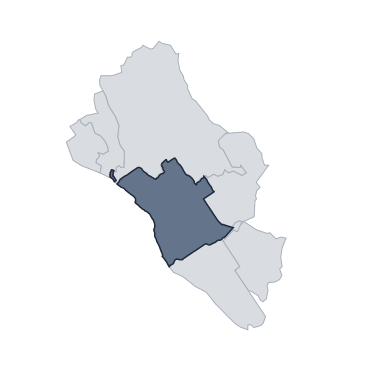 Angola highlighted among its neighbors, rotated 326°
{"feature_id": "AGO", "entity_name": "Angola", "entity_type": "country or territory", "adm_level": 0, "iso_a3": "AGO", "parent_name": "Africa", "parent_adm1": "", "projection": "equal_earth", "projection_center": [17.424, -11.224], "detail": "fine", "context": "with_neighbors", "style": "filled", "palette": "slate", "viewbox_px": 384, "rotation_deg": 326, "n_neighbors": 6, "source": "natural_earth", "source_scale": "50m", "svg_char_len": 7621}
<svg xmlns="http://www.w3.org/2000/svg" viewBox="0 0 384 384"><g transform="rotate(326 192 192)"><path d="M245.9,118.6L247.4,137.4L246.7,142.0L248.0,147.2L251.8,152.1L255.2,163.2L252.6,162.3L242.0,164.9L240.1,170.5L241.5,174.4L239.3,193.6L245.6,198.6L247.4,197.0L247.8,206.5L242.8,206.4L237.8,197.8L232.9,196.6L231.5,192.0L227.4,194.8L222.2,193.6L220.1,189.6L212.9,189.0L212.6,186.2L207.3,185.5L198.8,187.4L199.2,176.9L197.1,173.7L196.6,168.3L197.6,162.9L196.3,159.5L196.2,154.0L188.2,154.1L188.8,150.9L185.4,150.9L185.1,152.4L181.0,152.8L178.4,160.1L174.8,158.9L168.3,160.8L164.2,153.4L160.7,141.5L141.3,141.4L134.4,143.4L133.5,140.7L135.2,139.8L136.4,133.6L138.8,131.8L140.5,132.7L142.8,129.3L146.4,129.4L146.8,131.9L149.3,133.4L158.6,120.7L158.4,113.4L161.2,104.8L168.6,96.0L169.3,93.1L170.6,86.8L171.1,73.9L174.3,63.6L175.3,52.1L177.9,47.6L181.4,44.7L191.0,51.0L200.7,53.6L203.6,47.6L206.6,48.5L213.9,44.1L216.5,45.9L218.6,45.7L219.6,43.5L222.0,42.8L231.2,43.9L233.3,42.9L237.4,50.3L240.3,51.3L248.8,48.6L250.4,52.3L256.2,58.2L255.8,68.6L258.5,69.8L253.8,75.3L250.0,84.1L249.6,91.2L248.1,94.6L248.0,101.3L246.1,103.7L244.3,114.6L245.9,118.6Z" fill="#d9dde1" stroke="#a8b0b8" stroke-width="1"/><path d="M244.2,282.8L235.1,289.1L229.2,295.5L225.0,304.3L221.6,304.9L219.7,311.6L215.6,313.5L210.5,313.1L204.9,309.8L201.8,311.7L200.2,315.7L194.1,322.0L189.6,322.8L188.2,319.9L188.8,314.8L185.2,306.8L183.5,305.5L183.7,280.8L189.9,280.5L190.3,249.9L205.1,246.6L207.5,250.2L211.6,246.8L218.4,245.4L224.0,258.9L231.0,268.3L233.7,269.2L235.4,277.7L240.3,279.0L244.2,282.8Z" fill="#d9dde1" stroke="#a8b0b8" stroke-width="1"/><path d="M183.7,280.8L183.3,336.4L177.7,340.6L174.4,341.2L167.7,339.1L166.7,335.5L164.2,333.3L161.2,337.4L156.6,331.1L154.1,325.0L148.9,297.8L147.8,283.0L142.0,272.4L137.0,256.7L131.7,248.3L131.3,241.7L138.2,238.6L142.4,238.8L146.3,242.7L173.3,241.8L177.8,245.9L193.4,247.1L210.5,241.6L214.7,242.1L217.2,244.1L207.5,250.2L205.1,246.6L190.3,249.9L189.9,280.5L183.7,280.8Z" fill="#d9dde1" stroke="#a8b0b8" stroke-width="1"/><path d="M174.7,58.3L174.3,63.6L171.1,73.9L170.6,86.8L169.3,93.1L168.6,96.0L161.2,104.8L158.4,113.4L158.6,120.7L149.3,133.4L146.8,131.9L146.4,129.4L142.8,129.3L140.5,132.7L136.3,128.7L131.7,134.0L126.3,124.7L131.3,119.8L128.8,113.9L131.0,111.7L135.5,110.6L136.0,106.7L139.5,110.9L145.3,111.3L147.4,107.1L148.2,101.2L147.5,94.3L144.3,89.0L147.2,78.7L145.6,77.0L140.7,77.7L138.8,73.1L139.3,69.2L147.6,69.6L158.2,74.0L158.6,69.2L162.1,61.0L166.0,56.3L174.7,58.3Z" fill="#d9dde1" stroke="#a8b0b8" stroke-width="1"/><path d="M127.5,69.3L134.6,69.9L138.5,68.8L139.3,69.2L138.8,73.1L140.7,77.7L145.6,77.0L147.2,78.7L144.3,89.0L147.5,94.3L148.2,101.2L147.4,107.1L145.3,111.3L139.5,110.9L136.0,106.7L135.5,110.6L131.0,111.7L128.8,113.9L131.3,119.8L126.3,124.7L115.1,108.4L111.1,99.2L115.7,80.4L127.5,80.0L127.5,69.3Z" fill="#d9dde1" stroke="#a8b0b8" stroke-width="1"/><path d="M252.6,162.3L268.3,171.1L271.4,175.0L272.9,182.5L270.3,192.0L271.4,199.3L269.3,202.3L267.1,210.4L270.5,212.7L250.6,219.9L251.1,226.1L246.2,227.3L242.4,230.8L241.6,233.8L239.3,234.5L229.8,247.2L218.4,245.4L214.7,242.1L210.5,241.6L205.2,243.6L196.8,231.1L197.3,203.3L210.8,203.4L210.3,200.4L211.3,197.1L210.2,193.0L211.0,188.8L210.3,186.0L212.6,186.2L212.9,189.0L220.1,189.6L222.2,193.6L227.4,194.8L231.5,192.0L232.9,196.6L237.8,197.8L242.8,206.4L247.8,206.5L247.4,197.0L245.6,198.6L239.3,193.6L241.5,174.4L240.1,170.5L242.0,164.9L243.8,163.8L252.6,162.3Z" fill="#d9dde1" stroke="#a8b0b8" stroke-width="1"/><path d="M210.7,185.5L210.8,186.7L210.9,188.3L211.0,189.4L211.1,190.0L211.0,190.5L210.9,191.2L210.7,191.8L210.6,192.3L210.7,193.0L210.6,194.2L210.6,195.3L210.5,196.5L210.7,198.5L210.7,199.2L210.4,200.2L210.2,201.0L210.0,202.0L210.0,202.5L210.5,203.8L210.5,204.1L210.1,204.2L209.7,204.2L208.3,204.2L206.4,204.2L204.5,204.2L202.5,204.2L200.8,204.2L199.1,204.2L197.6,204.2L197.6,205.6L197.5,208.4L197.5,211.2L197.5,214.0L197.5,216.8L197.5,219.6L197.4,222.4L197.4,225.2L197.4,228.0L197.4,230.0L197.8,232.7L198.4,235.6L198.7,235.8L199.4,236.4L200.4,237.5L201.0,238.3L202.1,239.7L203.6,241.5L205.0,243.2L206.3,244.6L204.3,245.1L201.4,245.8L199.5,246.3L197.1,246.9L195.6,247.3L193.6,247.7L193.3,247.7L192.8,247.4L191.7,247.3L190.3,247.8L189.3,247.9L188.5,247.7L187.8,247.3L187.0,246.7L185.8,246.5L183.9,246.7L182.2,246.6L180.5,246.2L179.3,246.1L178.6,246.1L177.8,246.0L177.0,245.7L176.3,245.2L175.4,244.0L174.8,242.9L174.6,242.7L174.4,242.6L174.2,242.5L172.3,242.5L170.6,242.5L169.6,242.5L167.1,242.5L164.6,242.5L162.2,242.5L159.7,242.4L157.2,242.4L154.8,242.4L152.3,242.4L149.9,242.4L148.5,242.4L147.3,242.5L146.0,242.6L145.8,242.6L145.5,242.4L145.3,242.2L144.5,241.6L143.9,241.1L143.0,240.3L142.5,239.4L142.0,239.1L141.2,239.0L140.6,238.8L140.1,238.8L139.2,239.2L138.5,239.6L138.0,240.0L137.2,240.5L136.5,240.9L135.3,240.8L135.0,240.9L134.3,240.9L133.7,240.5L133.1,240.5L132.3,241.0L131.3,241.2L131.5,237.9L131.8,236.5L131.7,234.8L131.6,230.3L131.4,229.6L131.2,228.9L131.9,228.4L132.2,227.9L132.6,227.2L132.9,226.2L133.3,223.8L134.6,218.5L135.2,213.3L136.0,210.8L136.3,208.0L138.5,204.5L139.0,202.2L140.2,201.2L141.8,200.0L143.0,198.0L143.6,196.5L144.2,193.8L144.2,191.0L144.6,187.1L144.5,186.1L143.9,184.5L143.7,183.4L143.2,182.4L142.5,181.6L142.3,180.1L141.2,177.9L140.9,176.3L140.4,175.3L140.3,173.9L140.0,172.5L139.5,171.1L139.0,169.5L139.0,169.0L139.3,168.4L139.6,168.2L139.5,168.5L139.3,168.8L139.3,169.1L141.3,166.3L141.4,165.8L141.4,165.1L141.3,164.4L141.4,163.5L139.5,158.3L138.0,153.5L137.7,151.0L135.7,147.8L135.0,145.7L134.5,144.2L134.2,143.7L134.3,143.4L134.8,143.3L135.9,143.0L137.5,142.6L138.9,141.7L139.3,141.4L140.1,141.3L140.9,141.5L141.1,141.4L141.3,141.3L143.1,141.3L143.9,141.3L145.3,141.3L146.2,141.4L146.7,141.5L148.1,141.6L149.8,141.6L150.4,141.5L152.6,141.4L154.8,141.4L156.8,141.4L159.0,141.4L160.6,141.4L161.4,141.7L162.1,142.3L162.4,142.8L162.6,143.0L162.8,143.6L163.2,144.0L163.3,144.7L163.2,145.6L163.2,146.7L163.5,148.0L163.9,149.4L164.6,150.8L164.9,152.0L164.8,152.8L165.1,153.7L165.6,154.6L165.9,155.1L166.2,155.5L166.8,156.9L167.9,159.2L168.7,160.9L169.0,161.1L169.4,161.0L170.3,160.9L171.1,160.8L171.8,161.2L172.0,161.1L173.0,160.4L173.9,160.2L174.9,160.0L175.4,159.7L176.0,159.7L177.6,160.2L177.9,160.3L179.2,160.3L180.5,159.9L180.7,157.6L180.7,157.2L181.0,156.3L181.4,155.6L181.5,154.9L181.4,153.9L181.7,152.7L182.6,151.7L184.0,151.3L184.8,151.2L186.1,150.9L188.0,150.7L188.7,150.7L188.8,150.8L188.4,152.5L188.4,153.0L188.5,153.6L188.8,153.9L190.8,153.9L192.6,153.9L194.7,154.0L196.3,154.1L196.5,154.2L196.7,154.3L196.9,155.1L196.9,156.7L196.5,159.1L196.6,161.2L197.2,163.2L197.3,166.4L197.1,168.2L196.8,170.5L196.7,173.2L196.9,174.3L197.5,175.5L198.4,176.7L199.1,178.2L199.6,180.2L199.8,181.4L199.7,181.9L199.7,182.7L199.8,184.0L199.7,184.8L199.1,185.2L199.0,185.7L199.2,186.8L199.3,187.7L199.5,188.1L199.6,188.4L199.9,188.4L200.4,188.1L201.0,187.4L201.5,187.2L202.2,187.2L203.1,187.4L204.8,187.4L205.4,187.3L207.0,186.5L207.4,186.4L208.0,186.5L208.9,186.7L209.8,186.8L210.2,186.5L210.3,186.2L210.4,185.7L210.7,185.5ZM139.3,130.5L139.2,130.6L138.5,131.0L137.7,131.4L136.7,132.9L136.2,133.5L135.6,134.0L135.2,134.3L135.3,134.5L135.5,134.7L135.7,135.0L135.7,137.5L135.6,139.9L135.5,140.1L134.8,140.2L134.0,140.3L133.7,140.4L133.6,140.2L133.3,139.3L133.5,138.5L133.6,137.9L133.4,136.6L133.0,135.5L132.5,134.0L132.4,133.7L132.8,133.3L133.4,132.3L133.6,131.7L134.3,131.6L134.5,131.3L134.7,130.7L134.8,130.3L135.6,130.1L136.5,129.6L137.0,129.0L137.5,128.7L137.8,128.6L138.1,128.8L138.6,129.7L139.2,130.3L139.3,130.5Z" fill="#64748b" stroke="#1e293b" stroke-width="1.5"/></g></svg>